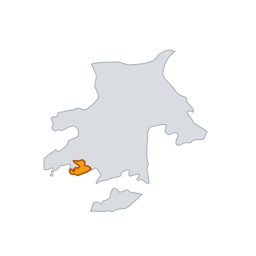 Gadabay District, Gədəbəy, Azerbaijan shown in context, rotated 305°
{"feature_id": "54616110B46799199998097", "entity_name": "Gadabay District", "entity_type": "district", "adm_level": 2, "iso_a3": "AZE", "parent_name": "Azerbaijan", "parent_adm1": "Gədəbəy", "projection": "robinson", "projection_center": [45.649, 40.556], "detail": "medium", "context": "in_parent", "style": "filled", "palette": "amber", "viewbox_px": 256, "rotation_deg": 305, "n_neighbors": 0, "source": "geoboundaries", "source_scale": "gbopen_adm2", "svg_char_len": 4792}
<svg xmlns="http://www.w3.org/2000/svg" viewBox="0 0 256 256"><g transform="rotate(305 128 128)"><path d="M170.6,194.8L169.7,194.8L163.1,196.3L161.7,195.8L156.0,188.9L154.8,188.2L152.4,187.9L150.9,186.7L149.7,184.9L149.1,183.5L143.2,179.8L142.3,178.4L142.2,177.2L143.0,176.1L144.0,175.2L146.9,174.3L150.2,173.5L151.2,172.9L151.8,171.9L151.7,170.3L151.2,168.8L146.4,165.9L145.8,164.7L145.6,163.2L145.9,161.6L146.6,160.4L150.5,158.7L152.6,157.0L151.3,155.1L147.0,150.7L142.0,145.8L138.7,145.8L134.8,147.2L128.7,151.3L125.4,153.1L120.9,156.0L116.1,159.3L112.2,162.7L109.7,165.6L105.4,166.8L103.1,169.2L95.8,176.4L93.7,176.3L93.6,172.8L93.7,169.9L93.2,168.3L90.8,166.1L90.8,165.1L91.4,164.5L93.3,164.9L95.6,164.8L96.7,163.9L94.2,160.9L92.0,159.0L90.1,157.7L89.6,156.9L89.6,156.3L90.0,155.6L93.3,154.0L93.6,152.5L93.4,150.9L88.2,148.4L84.4,149.3L80.9,146.6L78.7,144.4L75.9,142.2L73.5,140.9L71.1,138.1L67.0,135.1L64.4,134.3L64.4,133.8L64.9,133.3L66.0,132.8L73.3,132.9L74.2,132.4L74.7,131.2L75.7,129.3L76.8,126.6L76.7,124.3L69.4,120.6L64.1,117.1L60.4,112.6L57.9,108.5L58.0,107.1L58.7,105.8L64.4,102.0L64.8,101.1L64.6,100.4L62.6,98.5L60.1,96.5L59.3,95.0L57.7,94.2L54.6,94.2L49.3,91.7L48.2,91.5L47.9,91.0L48.2,90.5L52.0,89.5L51.9,88.7L50.8,87.6L48.6,86.8L46.7,84.9L46.0,83.1L52.9,77.9L54.9,76.9L59.4,77.9L68.7,81.3L68.1,83.2L69.0,84.2L71.2,85.7L75.3,87.2L78.8,87.9L80.5,87.3L83.2,86.7L86.7,88.4L89.9,90.6L91.5,91.4L92.4,91.7L94.8,91.0L97.8,88.2L98.9,84.9L99.2,83.3L97.5,81.0L94.0,78.6L90.0,76.5L87.5,74.6L85.9,71.0L84.2,70.6L83.8,70.1L83.5,68.8L83.6,67.1L84.2,65.7L85.8,65.1L87.4,64.9L88.8,63.6L90.6,61.1L91.4,59.7L94.8,60.5L95.3,62.8L95.9,63.3L97.3,63.0L99.7,62.0L101.5,62.8L104.0,65.5L107.3,68.3L109.2,70.2L109.9,71.5L111.6,72.8L114.1,74.3L116.1,76.7L117.9,82.2L119.8,83.4L126.2,85.5L128.5,85.9L134.9,86.7L137.1,86.1L140.3,81.4L143.2,76.6L145.9,75.5L150.9,73.2L153.8,71.0L155.0,68.6L157.8,64.1L159.4,61.5L162.4,63.8L167.5,69.9L174.9,79.9L176.7,82.7L177.9,85.9L179.0,89.9L180.7,93.4L188.2,102.2L191.5,105.5L196.7,109.7L198.6,110.6L201.0,110.9L205.4,110.9L209.6,112.6L211.6,113.7L213.8,115.4L215.7,117.3L217.7,122.5L210.5,120.8L203.3,121.1L199.3,122.2L195.4,123.7L191.7,125.8L189.4,130.0L187.5,139.7L184.7,148.8L184.9,153.0L186.2,157.0L186.1,158.9L184.8,159.7L183.1,161.5L181.0,169.8L179.9,171.5L178.5,172.5L178.1,171.5L178.1,169.3L175.0,167.4L173.3,169.6L172.2,174.2L170.0,179.0L169.9,179.9L170.6,194.8ZM63.5,109.4L63.8,108.1L62.9,107.5L62.0,107.5L61.2,108.1L61.2,109.7L62.3,110.0L63.5,109.4ZM39.9,147.1L38.8,145.8L38.3,145.0L41.5,144.4L46.8,142.6L48.2,143.5L49.8,145.3L50.5,146.9L50.7,149.8L51.3,150.3L53.9,149.3L55.0,150.5L57.0,151.9L60.4,153.2L65.4,151.1L67.8,150.5L69.9,150.6L71.0,151.2L71.3,153.5L70.9,156.3L70.4,157.8L71.4,158.9L75.5,161.6L77.2,163.1L76.4,165.7L79.4,172.0L80.4,174.4L81.6,177.5L75.4,176.3L64.2,173.7L61.1,172.4L58.2,168.9L56.5,167.2L53.9,165.0L51.8,164.2L50.3,162.7L49.4,160.4L48.0,158.4L45.7,156.0L40.5,148.0L39.9,147.1ZM46.7,93.4L46.0,93.8L44.9,93.4L44.6,92.4L44.7,91.3L45.7,91.1L46.6,91.4L46.8,92.3L46.7,93.4Z" fill="#d9dde1" stroke="#a8b0b8" stroke-width="1"/><path d="M69.8,102.2L69.5,102.5L69.4,102.9L69.3,103.3L69.1,103.6L69.0,104.2L69.2,105.2L69.2,105.6L69.1,106.1L69.0,106.5L69.1,106.9L69.0,107.3L69.1,107.6L69.2,107.9L69.1,108.3L69.0,108.6L68.9,109.9L68.8,110.1L68.6,110.4L68.4,110.8L68.0,110.9L67.8,110.8L67.6,110.5L67.4,110.3L67.2,110.0L66.9,110.0L66.4,109.8L65.9,109.7L65.9,109.1L65.9,108.5L65.8,108.1L65.3,107.6L64.9,107.5L64.5,107.4L64.0,107.3L63.7,107.3L62.8,107.2L62.7,107.5L62.9,107.9L62.9,108.0L62.9,108.4L62.7,108.7L62.4,108.8L62.0,108.7L61.6,108.5L61.2,108.2L61.1,107.8L61.1,107.1L61.1,106.7L61.5,106.5L61.7,106.4L61.7,106.0L61.7,105.0L61.6,104.6L61.3,104.3L61.1,104.1L60.9,104.1L60.3,104.2L59.8,104.3L59.5,104.4L59.2,104.7L59.0,104.9L58.7,105.2L58.7,105.5L58.7,105.9L58.6,106.1L58.2,106.1L57.9,106.5L57.8,107.0L57.8,107.8L58.0,108.3L58.2,108.8L58.4,109.3L59.2,110.1L59.6,110.5L59.9,110.8L60.0,111.0L60.1,111.5L60.1,111.9L59.9,112.2L59.9,112.7L60.0,113.1L60.0,113.5L60.3,114.0L60.7,114.4L60.9,114.7L61.4,114.8L61.8,115.0L62.2,115.2L62.4,115.5L62.7,115.8L63.3,116.2L63.7,116.4L64.6,116.5L65.0,116.8L65.3,117.0L65.8,117.3L66.6,118.2L66.7,118.7L67.4,119.0L68.0,119.2L68.5,119.4L69.1,119.5L69.8,119.8L70.4,120.1L71.1,120.5L71.8,120.8L72.3,120.9L72.9,121.3L73.3,121.2L73.2,120.9L73.4,120.7L73.6,120.3L73.8,119.7L73.9,119.1L73.9,118.5L73.9,117.7L73.9,117.1L73.7,116.7L73.2,116.1L72.9,115.6L72.6,115.1L72.6,114.4L72.6,114.0L73.1,113.5L73.6,113.2L74.0,112.9L74.6,112.7L74.9,112.5L75.3,112.3L75.7,111.9L75.8,111.5L75.9,111.2L75.7,110.6L75.8,110.0L75.8,109.2L75.6,108.7L74.9,108.2L74.1,107.3L72.9,106.8L72.7,106.7L72.2,105.6L72.0,105.2L71.5,104.7L71.2,104.2L71.0,103.9L70.8,103.5L69.9,102.5L69.8,102.2Z" fill="#f59e0b" stroke="#b45309" stroke-width="1.5"/></g></svg>